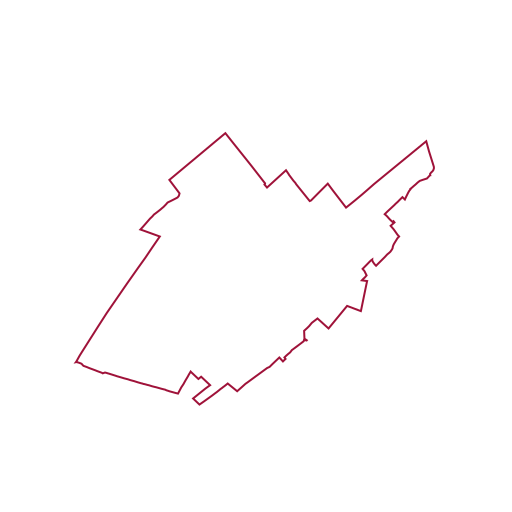 Deveselu, Olt, Romania, rotated 131°
{"feature_id": "2599482B83745956221005", "entity_name": "Deveselu", "entity_type": "district", "adm_level": 2, "iso_a3": "ROU", "parent_name": "Romania", "parent_adm1": "Olt", "projection": "natural_earth1", "projection_center": [24.397, 44.055], "detail": "fine", "context": "isolated", "style": "outline", "palette": "rose", "viewbox_px": 512, "rotation_deg": 131, "n_neighbors": 0, "source": "geoboundaries", "source_scale": "gbopen_adm2", "svg_char_len": 3741}
<svg xmlns="http://www.w3.org/2000/svg" viewBox="0 0 512 512"><g transform="rotate(131 256 256)"><path d="M311.8,360.6L311.7,360.4L311.6,359.9L311.0,358.5L307.9,350.5L304.4,341.4L317.6,339.9L329.7,338.4L342.4,337.2L360.9,335.3L367.2,334.6L397.2,331.2L413.0,328.9L442.7,324.4L447.1,323.7L453.2,322.4L454.3,322.3L453.9,322.0L453.4,321.1L452.9,320.1L452.5,319.0L452.1,318.0L451.8,317.0L451.8,316.7L451.9,316.1L452.1,314.3L452.0,313.9L450.9,311.1L449.9,308.1L448.8,305.2L447.6,302.0L447.1,300.5L446.3,298.4L445.6,296.6L445.2,295.4L445.1,295.1L445.1,294.7L443.0,293.5L442.2,291.9L441.8,290.9L441.4,290.1L439.9,286.7L439.3,285.3L438.6,283.7L437.8,281.7L437.2,280.5L436.9,279.8L436.2,278.3L435.7,277.2L434.8,275.2L434.3,274.2L433.1,271.8L432.2,269.6L431.1,267.3L430.4,265.9L428.9,262.4L427.6,259.6L427.1,258.6L426.9,258.3L426.7,257.8L426.4,257.0L425.9,256.2L425.3,255.0L424.6,253.5L423.8,252.0L422.5,249.0L421.5,247.0L420.5,245.1L418.0,239.8L416.4,236.7L416.3,236.1L416.2,235.8L416.1,235.4L415.8,234.8L415.2,233.4L414.9,232.6L412.5,227.6L412.0,226.6L411.0,224.6L407.6,225.4L404.2,226.2L400.3,226.7L398.0,227.2L395.6,227.7L393.8,228.0L391.6,228.4L389.4,228.9L387.6,229.2L386.6,229.4L386.1,229.5L386.2,228.5L386.3,226.1L386.4,223.6L386.6,218.8L383.1,218.2L383.6,205.9L389.2,207.2L404.8,210.0L405.2,201.2L399.6,199.8L394.1,198.5L390.3,197.6L386.5,196.8L384.3,196.3L383.2,196.1L382.6,196.0L381.0,195.7L379.6,195.5L378.9,195.3L377.6,195.0L376.4,194.8L375.2,194.5L374.2,194.3L373.6,194.2L373.2,194.1L372.5,194.0L372.0,193.9L370.8,193.7L370.4,181.5L365.1,180.8L359.4,180.1L357.0,179.5L349.0,177.7L346.3,177.1L345.1,176.8L333.2,174.1L330.8,173.0L326.8,172.7L317.3,171.8L317.9,166.5L314.3,166.2L313.9,168.0L311.5,167.8L309.2,167.5L306.3,167.0L303.5,167.2L296.3,165.6L289.0,164.1L287.8,164.7L286.6,162.4L286.3,162.4L286.6,165.2L280.9,170.6L276.7,170.1L273.9,169.9L270.9,170.0L269.7,170.0L264.3,168.9L262.8,168.6L263.1,153.7L233.9,154.5L228.8,140.7L228.2,141.0L206.0,153.5L202.4,155.5L202.0,155.7L204.9,160.1L204.2,160.1L202.4,160.0L201.0,159.8L199.1,159.8L198.1,159.8L197.7,160.7L197.1,162.2L196.4,163.8L196.2,164.5L195.8,167.1L189.5,166.7L185.7,166.5L183.7,166.3L182.4,166.0L182.8,165.7L183.1,165.2L183.7,164.0L184.2,162.1L184.5,160.6L184.5,160.0L184.6,159.0L172.3,158.1L168.7,158.0L166.4,157.6L165.6,157.5L164.6,157.4L163.5,157.5L161.7,157.7L160.6,158.0L158.9,159.0L156.9,159.7L154.7,160.1L152.2,160.5L149.9,160.9L147.4,160.8L147.1,163.2L146.0,167.7L145.5,169.9L144.9,174.2L139.8,173.5L139.5,175.1L140.7,175.3L140.7,176.4L140.6,178.5L140.5,179.8L140.2,182.2L140.1,182.4L140.0,184.5L140.0,186.3L136.1,186.0L126.7,185.0L124.9,184.9L123.4,184.7L122.3,184.6L121.8,184.5L120.9,184.5L119.4,184.4L115.5,184.1L115.7,180.7L112.6,181.6L108.3,182.7L106.3,183.1L104.2,183.2L104.1,183.5L101.6,183.1L99.9,182.9L97.4,182.5L94.5,182.2L92.4,181.8L91.9,181.7L90.5,180.9L89.1,180.1L85.3,177.8L84.6,177.8L80.9,177.7L80.7,177.5L80.0,178.4L79.8,178.5L79.6,178.5L78.2,178.6L77.4,178.5L76.1,178.4L74.9,178.5L73.9,178.9L72.9,179.4L72.5,179.8L72.0,180.3L71.3,181.4L63.5,194.1L57.7,202.8L124.2,214.1L133.7,215.4L140.0,216.3L148.7,217.7L155.5,218.9L160.4,219.8L156.1,241.0L154.3,249.3L165.7,250.1L171.9,250.5L178.0,250.9L179.3,251.5L175.5,272.7L175.0,274.3L174.6,277.3L173.0,284.7L172.8,285.0L171.6,289.6L197.1,292.6L196.5,296.5L195.5,296.6L195.3,296.7L195.2,296.8L195.2,297.0L190.9,318.9L190.4,321.6L186.0,345.7L183.4,359.7L193.8,361.4L255.4,371.3L258.9,354.8L260.1,354.2L261.2,353.7L263.3,353.6L265.4,354.4L267.9,355.4L270.6,356.5L272.9,357.5L273.7,357.8L276.3,357.8L278.0,357.9L279.7,358.0L281.5,358.3L283.7,358.6L286.9,359.2L290.3,359.9L291.5,360.2L294.3,360.2L297.3,360.5L300.5,360.5L305.4,360.5L307.9,360.5L311.8,360.6Z" fill="none" stroke="#9f1239" stroke-width="2"/></g></svg>